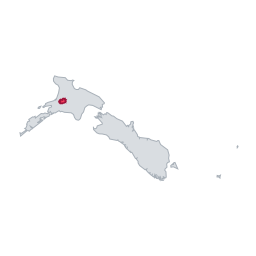 South Waikato District, Waikato, New Zealand (highlighted), rotated 265°
{"feature_id": "76426892B10420121574176", "entity_name": "South Waikato District", "entity_type": "district", "adm_level": 2, "iso_a3": "NZL", "parent_name": "New Zealand", "parent_adm1": "Waikato", "projection": "natural_earth1", "projection_center": [175.86, -38.168], "detail": "fine", "context": "in_parent", "style": "filled", "palette": "rose", "viewbox_px": 256, "rotation_deg": 265, "n_neighbors": 0, "source": "geoboundaries", "source_scale": "gbopen_adm2", "svg_char_len": 4873}
<svg xmlns="http://www.w3.org/2000/svg" viewBox="0 0 256 256"><g transform="rotate(265 128 128)"><path d="M134.1,102.7L135.2,102.8L140.0,99.3L142.0,98.5L142.5,98.4L141.5,99.5L141.7,100.2L140.6,102.7L141.5,102.3L142.1,100.6L142.7,100.3L142.5,99.3L145.4,99.6L144.4,101.3L142.9,102.3L143.8,102.4L146.1,100.6L146.0,101.7L143.2,104.6L144.1,106.1L143.4,107.4L144.2,107.3L145.3,108.3L144.6,109.6L141.5,113.0L141.1,114.6L138.3,117.6L135.3,123.1L129.7,126.6L130.7,127.6L128.8,128.9L130.4,128.7L131.5,130.8L134.0,131.5L134.2,133.5L132.6,134.0L130.9,133.1L128.6,133.5L129.4,132.6L128.4,132.1L126.7,133.7L124.2,131.8L125.6,134.1L120.7,136.7L118.7,136.9L118.0,138.4L116.8,138.5L117.5,138.9L116.0,146.2L114.7,146.2L115.9,147.0L115.8,147.7L114.2,149.8L112.1,155.4L112.9,156.6L112.8,157.6L108.7,159.0L102.8,165.6L97.4,166.6L94.3,165.8L90.7,166.3L90.1,164.4L88.8,163.4L85.6,163.4L84.0,161.4L82.7,160.9L81.1,162.0L76.1,161.8L75.2,161.5L75.0,160.7L76.8,158.6L75.1,159.7L74.3,159.6L75.0,158.7L74.9,157.8L72.8,158.7L72.9,156.9L77.5,155.7L75.7,155.5L75.5,154.9L77.3,153.6L74.9,153.7L75.2,152.1L76.6,152.1L76.1,150.9L78.8,152.1L78.4,151.0L79.4,150.7L77.6,149.9L77.4,148.7L78.4,147.8L79.6,148.2L78.8,147.2L80.9,145.2L81.5,146.7L81.6,144.5L84.4,142.4L85.6,143.2L85.0,141.3L89.6,136.3L92.3,135.0L93.8,135.2L96.2,133.7L97.3,134.3L96.8,133.2L97.1,132.7L103.3,129.8L103.3,128.9L104.0,128.7L103.5,128.5L107.1,125.3L108.6,125.6L107.7,124.7L109.1,123.8L110.6,124.5L109.7,123.5L111.1,122.9L111.7,123.7L111.8,122.5L113.9,120.0L114.3,122.0L114.6,121.7L114.4,119.7L115.9,117.4L117.1,116.9L116.5,116.2L118.6,108.9L120.9,108.0L123.0,105.9L124.3,101.8L124.7,98.8L125.9,96.5L129.4,93.6L132.3,93.6L130.3,93.9L130.1,95.4L130.7,96.7L132.8,97.6L134.1,102.7ZM131.9,21.3L135.0,26.7L136.6,25.1L136.9,26.3L140.0,27.8L140.5,27.3L143.1,28.7L143.5,30.6L145.2,29.9L147.4,34.0L147.1,35.0L147.8,36.5L146.0,36.6L150.0,42.8L149.5,45.0L150.2,46.5L149.2,49.2L150.9,50.1L151.5,49.4L154.9,51.1L155.7,53.7L157.2,53.6L156.7,47.4L155.7,45.8L156.4,44.8L158.6,48.1L159.5,48.0L160.5,50.6L161.6,56.4L162.9,58.3L162.2,58.0L162.0,58.4L162.7,59.0L169.1,61.9L174.0,63.2L176.8,62.0L178.4,59.7L181.2,57.9L183.7,58.0L186.3,59.5L184.9,62.8L183.6,69.9L180.8,72.0L180.1,75.6L180.6,77.0L180.1,78.2L178.9,76.7L176.4,76.2L172.0,78.0L170.9,79.7L170.7,82.0L172.3,83.4L169.7,89.3L168.3,90.9L161.5,102.0L155.1,106.7L154.2,106.3L153.7,104.4L151.0,104.5L151.1,102.3L150.8,102.1L149.8,103.3L148.6,102.9L153.6,94.8L154.5,90.8L153.5,88.7L152.1,86.8L147.9,85.1L145.8,83.1L141.8,81.5L140.6,80.4L140.1,79.2L140.9,77.0L143.0,75.7L146.2,74.9L148.1,72.7L149.2,66.0L150.4,63.5L150.0,62.0L151.3,60.9L149.3,56.6L149.7,55.3L149.1,55.1L147.9,52.3L148.6,52.2L149.4,53.8L150.0,52.5L151.2,52.2L149.8,50.5L148.1,51.0L146.8,50.5L145.9,47.8L144.0,45.0L144.6,44.9L146.1,46.3L146.6,45.2L145.6,43.6L146.0,42.0L144.8,41.0L144.6,42.1L142.5,40.5L141.3,38.0L141.3,39.3L143.8,43.0L143.1,43.8L142.7,43.4L136.3,33.5L138.4,30.8L137.2,31.3L136.0,33.0L135.4,32.3L135.0,31.1L133.4,29.4L134.1,28.4L134.1,27.1L129.3,20.3L132.6,20.0L131.9,21.3ZM86.8,167.3L88.6,169.8L87.6,169.6L87.7,170.1L89.5,170.7L89.6,171.8L83.0,174.0L85.4,169.8L85.2,167.4L86.8,167.3ZM72.3,214.5L73.0,216.0L70.8,215.2L69.7,215.6L71.3,214.1L71.5,212.4L73.0,212.7L72.3,214.5ZM156.9,41.2L157.3,43.1L155.3,41.7L155.2,40.7L155.7,40.0L156.9,41.2ZM141.7,97.8L140.4,98.5L140.7,96.9L142.1,95.9L141.7,97.8ZM75.1,155.0L74.9,155.9L73.1,155.5L74.5,154.5L75.1,155.0ZM100.2,235.1L100.7,235.7L99.8,236.0L98.8,235.1L100.2,235.1ZM77.0,149.4L77.5,150.8L76.2,150.1L77.0,149.4Z" fill="#d9dde1" stroke="#a8b0b8" stroke-width="1"/><path d="M158.4,62.7L158.3,62.8L158.4,63.0L158.3,63.3L158.3,63.5L158.4,63.8L158.4,64.0L158.3,63.9L158.3,64.0L158.2,64.0L158.1,64.3L158.1,64.5L158.1,64.8L158.2,65.0L158.3,65.1L158.4,65.3L158.5,65.3L158.5,65.5L158.5,65.8L158.5,66.0L158.6,66.3L158.6,66.5L158.6,66.8L158.7,67.0L158.9,67.1L159.0,67.2L159.0,67.3L159.1,67.5L159.3,67.5L159.5,67.6L159.6,67.8L159.4,68.0L159.5,68.0L159.8,68.3L159.9,68.5L160.0,68.5L160.3,68.5L160.3,68.4L160.5,68.4L160.8,68.3L161.0,68.3L161.3,68.3L161.4,68.2L161.5,68.3L161.5,68.2L161.8,68.0L161.9,67.9L161.9,68.0L161.9,67.9L162.0,67.9L161.9,67.8L161.9,67.7L162.0,67.6L162.2,67.4L162.3,67.4L162.2,67.3L162.3,67.3L162.4,67.2L162.5,67.1L162.8,67.0L162.9,66.9L163.0,66.8L163.0,66.7L162.9,66.7L162.7,66.6L162.9,66.5L163.1,65.9L162.7,65.3L162.5,65.2L162.2,65.2L162.2,65.3L162.0,64.9L161.9,64.9L161.9,65.0L161.5,65.0L161.5,64.9L161.7,64.7L162.2,63.7L162.3,63.6L162.2,63.5L162.1,63.4L161.9,63.3L161.9,63.2L161.7,63.1L161.4,63.1L161.4,62.9L161.2,62.8L161.2,62.7L161.1,62.4L161.4,62.2L161.2,62.1L160.9,62.3L160.8,62.2L160.7,62.1L160.5,62.3L160.5,62.2L160.5,62.3L160.4,62.3L160.4,62.2L160.3,62.3L160.2,62.4L160.0,62.2L160.0,62.3L159.8,62.3L159.8,62.2L159.7,62.3L159.7,62.2L159.4,62.1L159.2,62.2L158.9,62.1L158.7,62.5L158.4,62.6L158.4,62.7Z" fill="#f43f5e" stroke="#9f1239" stroke-width="1.5"/></g></svg>